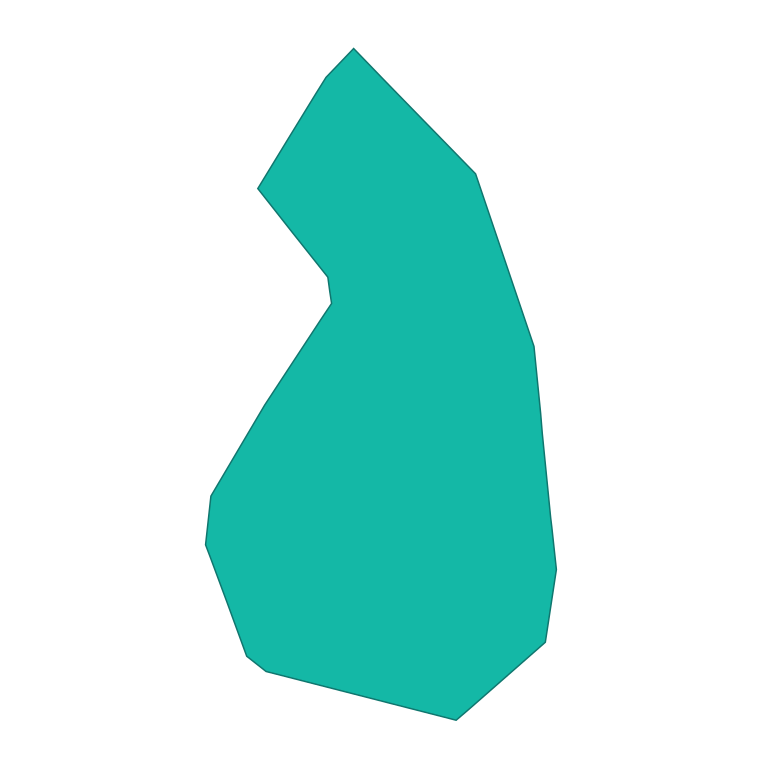 outline of Presidente Dutra, Bahia, Brazil, rotated 181°
{"feature_id": "56859067B99362282210335", "entity_name": "Presidente Dutra", "entity_type": "district", "adm_level": 2, "iso_a3": "BRA", "parent_name": "Brazil", "parent_adm1": "Bahia", "projection": "natural_earth1", "projection_center": [-41.989, -11.318], "detail": "fine", "context": "isolated", "style": "filled", "palette": "teal", "viewbox_px": 768, "rotation_deg": 181, "n_neighbors": 0, "source": "geoboundaries", "source_scale": "gbopen_adm2", "svg_char_len": 551}
<svg xmlns="http://www.w3.org/2000/svg" viewBox="0 0 768 768"><g transform="rotate(181 384 384)"><path d="M218.2,128.6L208.4,201.5L213.7,243.7L215.0,253.0L224.9,337.6L226.9,357.6L234.7,424.2L296.1,595.7L376.6,675.4L391.4,690.1L420.2,718.9L447.3,689.6L457.5,672.6L483.8,628.0L513.6,577.2L478.2,533.8L442.0,489.8L439.9,476.0L437.8,463.6L447.8,448.1L502.9,360.9L555.1,268.9L559.6,220.1L554.6,207.6L536.8,162.1L516.5,109.4L508.2,103.1L496.9,94.5L306.0,49.1L293.6,60.1L287.4,65.7L218.2,128.6Z" fill="#14b8a6" stroke="#0f766e" stroke-width="1.5"/></g></svg>